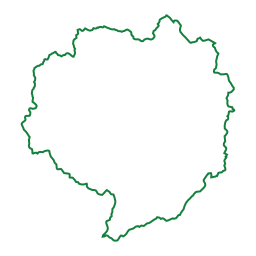 outline of Bac Son, Lạng Sơn, Vietnam
{"feature_id": "81297802B43959874007568", "entity_name": "Bac Son", "entity_type": "district", "adm_level": 2, "iso_a3": "VNM", "parent_name": "Vietnam", "parent_adm1": "Lạng Sơn", "projection": "robinson", "projection_center": [106.222, 21.815], "detail": "fine", "context": "isolated", "style": "outline", "palette": "green", "viewbox_px": 256, "rotation_deg": 0, "n_neighbors": 0, "source": "geoboundaries", "source_scale": "gbopen_adm2", "svg_char_len": 5673}
<svg xmlns="http://www.w3.org/2000/svg" viewBox="0 0 256 256"><path d="M233.7,87.6L232.5,86.2L230.8,83.2L229.2,80.9L228.8,80.0L228.5,77.6L227.4,74.7L226.9,74.1L226.1,73.9L223.9,74.3L220.8,74.4L218.1,72.8L214.7,72.6L214.3,72.5L214.0,72.0L213.9,71.1L214.4,69.4L215.6,68.5L215.9,68.1L216.6,64.5L216.1,61.6L216.3,60.4L217.2,56.3L218.4,53.7L218.4,53.4L217.1,52.5L216.4,51.5L215.7,50.3L214.9,47.8L213.4,46.6L212.9,45.6L213.0,44.6L213.6,43.9L215.0,43.4L215.2,43.2L208.5,39.4L204.3,40.7L202.8,40.8L201.6,39.7L200.1,37.6L198.8,38.4L197.6,38.8L197.3,39.3L197.0,40.7L196.5,41.2L193.8,42.2L192.3,42.2L191.1,42.8L189.9,42.4L185.2,37.1L183.3,35.4L180.4,31.9L180.0,30.3L180.0,29.0L180.9,25.6L177.9,21.4L177.1,20.7L175.5,20.5L174.5,20.6L174.2,20.8L173.6,22.2L171.5,20.0L170.1,18.0L166.8,15.4L166.3,15.4L165.7,16.4L165.2,16.8L163.1,17.7L160.4,19.2L159.7,19.9L159.5,21.3L159.1,22.5L157.7,24.0L157.8,24.2L158.7,25.4L158.7,25.7L157.7,27.1L156.2,28.5L155.3,30.1L153.7,30.9L153.5,31.5L153.0,33.4L154.0,34.7L154.5,36.0L154.4,36.8L153.3,38.3L152.5,39.0L151.3,39.5L149.3,39.2L147.9,38.6L146.5,38.8L144.4,39.6L142.9,41.2L141.8,41.2L140.8,40.9L139.4,39.7L138.7,39.4L135.3,39.3L134.0,38.8L133.5,38.3L133.3,36.6L131.8,35.4L131.7,34.6L131.4,34.4L131.2,32.2L128.9,30.3L127.5,29.6L126.4,29.7L124.5,30.9L123.3,31.1L121.7,31.8L120.8,31.3L118.2,31.1L116.7,30.1L115.5,30.0L114.4,29.2L112.7,29.4L111.2,29.2L107.2,27.7L104.2,26.3L103.8,26.4L103.4,27.1L102.9,27.4L102.2,27.3L100.9,26.9L99.1,27.1L98.2,27.8L97.4,27.5L96.7,28.2L96.0,28.5L94.8,28.5L93.4,28.2L93.1,28.5L92.8,29.5L92.3,30.0L90.2,30.6L89.4,30.5L87.8,29.9L85.2,28.4L84.9,28.6L83.4,30.5L82.3,30.9L81.8,30.8L80.3,29.4L79.6,29.2L77.6,30.0L78.0,32.3L78.0,33.7L77.6,34.4L76.3,35.0L76.2,35.8L76.5,37.8L74.0,39.7L73.5,40.6L73.1,43.8L73.7,45.2L74.1,47.3L75.1,48.8L74.6,49.7L74.6,51.0L75.0,52.4L74.9,53.7L73.6,56.7L73.2,56.8L72.3,56.3L69.3,53.8L67.7,53.2L67.0,53.3L65.9,53.8L64.9,55.1L64.0,55.0L62.5,55.5L61.8,56.3L61.5,56.4L59.7,55.3L58.0,55.1L57.4,53.9L56.3,53.2L55.7,51.9L55.2,51.8L53.2,53.1L52.0,53.5L51.0,54.4L49.4,55.0L48.6,57.6L47.6,59.4L46.8,59.6L45.3,59.1L44.3,59.6L44.2,60.9L43.3,62.1L42.9,63.5L42.6,64.1L40.6,64.5L39.6,65.6L37.5,66.0L34.5,68.0L34.3,69.3L33.6,70.4L33.5,70.9L33.9,73.3L33.9,75.4L35.1,77.4L35.3,78.2L35.0,80.5L34.0,82.0L34.2,82.4L34.9,83.2L34.9,85.8L34.6,86.7L33.8,87.6L33.7,88.6L32.7,89.7L32.3,90.3L31.8,93.5L32.3,94.8L32.5,96.5L33.1,97.7L32.6,100.5L32.6,101.9L34.6,103.3L36.0,104.8L36.6,105.6L36.6,106.2L36.0,107.8L35.0,108.4L32.7,108.8L30.6,108.2L29.6,108.5L29.2,109.2L29.0,110.1L30.3,112.1L30.3,113.7L30.0,115.0L29.6,115.7L29.0,115.9L26.5,115.9L25.5,116.2L25.2,116.9L25.0,117.7L25.5,119.3L25.4,120.0L25.0,120.6L22.2,122.8L21.8,123.5L21.7,124.5L23.4,128.2L23.9,129.7L25.9,131.6L27.9,134.4L29.0,136.3L29.7,137.0L29.0,139.6L29.0,141.2L29.3,143.6L28.9,145.4L29.0,146.6L29.3,147.4L29.7,147.9L30.4,148.4L31.7,148.9L32.1,149.4L32.4,151.3L32.4,153.0L32.6,153.4L33.1,153.5L35.0,152.8L36.0,152.7L36.5,152.8L37.0,153.4L37.5,153.6L38.6,152.3L39.1,152.1L40.7,151.9L42.9,152.2L44.2,151.3L45.7,150.8L47.8,150.5L49.0,150.8L49.4,151.2L49.5,152.6L50.7,156.4L53.6,160.0L54.7,162.8L56.4,164.4L56.7,168.0L57.1,168.9L57.6,169.2L58.3,169.3L60.9,168.9L61.9,169.9L64.1,173.1L68.2,173.6L69.3,173.9L69.7,174.7L69.6,176.9L69.7,177.5L70.3,177.6L72.2,177.6L72.9,177.9L75.0,180.3L76.0,181.9L78.3,182.3L79.0,183.7L81.3,184.4L83.3,184.5L86.7,183.7L86.9,184.2L86.8,186.4L88.3,188.3L92.1,189.9L95.1,190.2L95.6,190.4L96.3,191.0L97.7,193.5L99.2,194.3L101.2,194.8L102.3,194.8L103.8,193.3L106.4,190.4L106.9,190.1L109.6,192.0L110.6,193.6L111.1,194.1L112.0,194.4L113.1,194.4L113.5,194.6L114.3,196.8L115.3,200.8L115.3,202.1L115.1,203.6L113.8,207.2L112.4,209.1L112.3,212.3L111.4,214.1L111.7,216.2L110.2,217.6L109.9,219.4L109.6,220.0L106.8,221.0L106.3,221.8L106.2,222.5L106.4,223.6L107.7,227.2L107.8,228.6L107.4,230.2L107.0,231.1L105.6,232.8L103.0,235.3L102.7,236.7L104.4,236.4L106.0,235.4L107.3,235.6L107.8,235.8L109.5,237.5L111.4,238.2L113.6,240.3L114.3,240.6L116.6,240.6L117.4,240.4L117.9,239.9L120.1,236.4L120.7,235.7L121.9,235.6L122.9,236.3L123.5,236.3L125.3,234.9L126.5,233.6L127.8,231.4L129.2,229.8L133.3,228.5L135.6,226.8L136.4,226.4L138.4,226.2L139.4,226.9L141.3,225.6L143.4,225.9L144.1,225.8L147.0,223.4L148.9,223.1L150.4,222.3L154.0,219.7L156.1,218.7L157.2,217.2L159.5,217.7L160.8,218.9L162.4,218.3L163.0,218.4L164.4,219.2L165.8,220.5L166.4,220.8L167.9,220.5L172.3,218.5L172.9,218.4L173.8,218.8L176.2,218.1L178.4,215.2L180.0,214.9L180.9,212.9L183.6,209.1L184.7,205.7L186.1,202.7L188.1,200.2L190.1,198.4L191.8,196.4L193.2,195.4L193.7,194.3L195.6,192.2L196.6,191.8L200.1,191.4L204.0,187.5L205.1,185.9L205.3,184.8L205.0,183.3L203.8,181.2L203.7,179.9L207.2,174.8L207.8,174.4L208.1,173.6L208.3,173.4L209.2,173.4L210.4,173.1L211.0,173.2L211.5,175.7L211.2,177.3L212.3,177.2L215.2,176.6L216.4,176.1L216.8,175.6L217.1,175.8L217.8,174.5L218.4,172.9L219.8,172.5L221.6,172.4L222.5,171.7L223.1,170.9L223.6,170.8L225.1,170.2L225.4,169.4L225.3,168.4L224.3,165.4L225.1,163.9L225.1,163.3L224.5,161.5L224.4,160.3L226.4,157.2L225.6,156.7L227.0,154.7L224.3,153.1L226.0,149.7L226.3,148.5L226.1,147.8L224.0,145.5L223.8,144.8L223.8,144.3L224.1,143.0L225.2,141.4L224.6,136.2L225.7,135.1L227.2,132.9L227.4,131.5L226.5,130.1L224.8,128.6L224.7,125.4L225.4,122.0L225.8,121.2L226.4,120.2L227.6,119.7L228.1,119.0L228.2,117.1L228.1,116.8L227.4,116.2L228.4,115.0L229.0,111.7L229.8,111.3L230.5,111.3L232.4,111.6L233.9,110.9L234.3,110.2L233.9,109.6L232.6,109.1L232.5,107.6L232.2,107.2L228.7,106.5L228.1,106.0L227.5,104.4L227.3,103.3L227.6,100.7L226.5,98.1L227.8,95.8L228.1,95.0L228.3,92.7L229.5,92.7L231.1,92.1L231.7,91.7L233.8,89.3L233.7,87.6Z" fill="none" stroke="#15803d" stroke-width="2"/></svg>